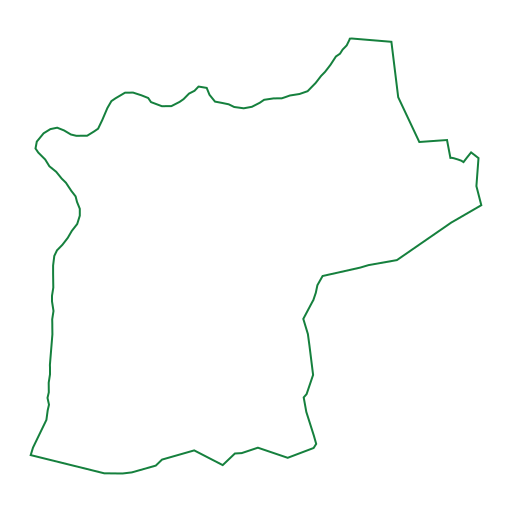 Obot Akara, Akwa Ibom, Nigeria
{"feature_id": "59680162B95147302907135", "entity_name": "Obot Akara", "entity_type": "district", "adm_level": 2, "iso_a3": "NGA", "parent_name": "Nigeria", "parent_adm1": "Akwa Ibom", "projection": "albers", "projection_center": [7.605, 5.256], "detail": "fine", "context": "isolated", "style": "outline", "palette": "green", "viewbox_px": 512, "rotation_deg": 0, "n_neighbors": 0, "source": "geoboundaries", "source_scale": "gbopen_adm2", "svg_char_len": 1816}
<svg xmlns="http://www.w3.org/2000/svg" viewBox="0 0 512 512"><path d="M313.6,448.0L316.2,443.9L313.9,435.8L306.3,411.9L303.7,397.4L306.6,394.1L313.1,374.9L309.5,346.0L307.9,334.1L303.3,318.9L312.9,300.8L313.2,300.5L315.8,292.8L317.4,285.2L322.6,276.0L360.2,267.6L368.6,265.1L396.9,260.1L451.2,222.6L481.3,205.2L476.4,186.1L478.5,158.1L471.1,152.4L466.7,157.9L463.5,162.1L461.3,160.7L458.0,159.5L453.7,158.2L451.6,157.8L450.4,157.9L447.0,140.0L419.3,142.0L398.2,97.2L391.4,41.8L351.6,38.5L349.8,38.7L349.4,39.9L346.7,45.4L342.6,49.6L340.0,53.7L335.9,56.5L333.1,60.8L330.5,64.8L325.1,71.8L321.1,75.9L315.7,82.9L311.7,87.0L307.6,91.2L299.5,94.0L289.9,95.5L285.4,97.1L281.8,98.3L273.6,98.4L264.1,99.8L260.0,102.6L259.9,102.7L251.9,106.8L243.7,108.3L238.7,107.6L234.2,107.0L228.7,104.3L221.9,102.9L215.0,101.6L209.5,94.8L206.7,87.9L198.8,86.6L198.5,86.6L194.5,90.8L189.0,93.6L183.6,99.1L179.6,101.9L171.4,106.1L161.9,106.2L151.0,102.1L148.2,98.0L141.4,95.3L133.1,92.6L125.0,92.7L115.5,98.3L111.4,101.1L107.4,108.0L102.1,120.4L101.5,121.6L98.1,128.7L94.0,131.5L87.2,135.7L76.3,135.8L70.9,134.5L64.0,130.4L57.2,127.7L50.4,129.1L43.6,133.3L36.8,141.6L35.5,148.5L38.3,152.6L45.2,159.5L47.3,162.9L49.4,166.3L56.2,171.8L61.7,178.6L65.9,182.7L71.4,191.0L75.6,196.4L77.0,201.9L79.8,208.8L79.8,215.7L77.2,224.0L71.8,230.9L67.8,237.8L64.1,242.6L62.4,244.8L57.0,250.3L54.3,255.9L53.1,265.5L53.1,273.8L53.2,280.7L53.3,287.6L52.0,295.8L52.0,301.4L53.5,311.0L52.2,319.3L52.3,324.1L52.3,326.2L52.4,334.4L49.9,365.0L50.0,367.5L50.0,374.4L48.7,382.7L48.8,392.3L47.5,397.9L49.0,404.7L47.7,410.3L46.4,419.9L33.0,447.6L30.7,455.1L86.9,469.0L104.2,473.3L122.5,473.5L131.8,472.4L155.8,465.6L162.0,459.6L194.2,450.4L222.7,465.1L234.9,453.5L241.7,453.1L257.9,447.7L287.7,457.8L313.6,448.0Z" fill="none" stroke="#15803d" stroke-width="2"/></svg>